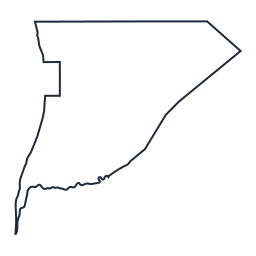 an SVG outline of Trarza
{"feature_id": "MRT-2788", "entity_name": "Trarza", "entity_type": "Region", "adm_level": 1, "iso_a3": "MRT", "parent_name": "Mauritania", "parent_adm1": "", "projection": "robinson", "projection_center": [-15.679, 17.405], "detail": "fine", "context": "isolated", "style": "outline", "palette": "slate", "viewbox_px": 256, "rotation_deg": 0, "n_neighbors": 0, "source": "natural_earth", "source_scale": "10m", "svg_char_len": 1900}
<svg xmlns="http://www.w3.org/2000/svg" viewBox="0 0 256 256"><path d="M108.3,177.1L108.2,176.9L107.5,176.0L106.8,175.7L105.5,176.3L104.9,176.7L104.5,177.3L104.4,178.3L104.2,178.7L103.9,179.1L103.6,179.4L103.2,179.6L102.7,179.6L102.3,179.5L101.7,178.8L101.2,178.1L100.7,177.4L99.9,177.1L99.0,177.4L98.5,178.1L98.4,178.9L98.8,179.8L99.7,180.8L99.9,181.3L99.9,181.8L99.6,182.1L99.3,182.4L98.0,182.9L91.8,184.0L90.8,184.1L88.1,183.6L86.2,183.6L85.3,183.9L82.8,185.0L82.0,185.2L81.2,185.2L80.4,184.9L80.0,184.3L79.7,183.6L79.2,183.1L78.3,183.0L77.4,183.4L76.7,184.1L75.3,186.4L74.7,187.0L74.0,187.3L73.2,187.4L70.7,186.9L69.8,187.0L69.1,187.5L67.8,188.8L67.0,189.4L66.1,189.7L65.2,189.7L64.3,189.5L63.0,188.8L62.5,188.6L60.6,188.5L57.9,187.5L57.0,187.5L55.6,187.8L55.1,187.8L53.0,187.2L52.2,187.3L49.9,188.5L49.5,188.6L49.1,188.5L48.4,188.2L47.9,188.1L47.4,188.1L47.0,188.4L46.6,188.7L45.2,188.9L43.9,188.8L42.7,188.1L41.7,187.0L41.0,185.8L40.6,185.3L40.1,184.9L39.3,184.8L38.6,184.9L38.0,185.3L36.2,186.6L35.6,186.9L35.0,187.1L34.3,187.0L32.4,186.6L31.1,186.9L29.8,187.7L28.8,188.9L27.9,190.1L27.5,191.4L27.2,194.1L24.8,205.4L24.5,206.2L24.2,206.8L23.3,207.5L21.1,208.1L20.3,208.9L19.8,210.2L19.6,214.8L18.6,217.4L17.8,220.4L17.4,221.2L17.3,228.4L16.7,232.1L15.4,234.6L16.2,223.4L16.1,217.5L15.6,204.0L16.2,199.6L16.6,198.4L18.2,195.0L18.7,191.7L19.2,190.7L19.8,188.9L19.8,181.7L20.3,178.8L25.0,165.7L26.2,163.4L27.1,158.9L28.1,156.7L30.9,152.3L35.8,140.4L36.2,138.7L37.0,137.5L42.5,118.6L44.2,110.5L44.7,101.6L45.2,95.8L59.8,95.8L59.9,77.2L59.8,62.0L44.2,62.1L43.6,62.1L43.1,55.9L42.4,53.5L39.4,46.2L38.1,37.9L37.1,35.2L37.6,33.6L37.5,31.8L35.2,22.6L34.9,21.7L148.0,21.4L150.4,21.4L207.1,21.4L240.6,51.0L195.2,88.2L178.9,101.6L165.9,114.7L144.9,149.2L130.8,160.8L130.4,161.1L129.2,162.9L127.4,164.7L122.9,166.8L114.9,171.6L109.2,175.7L108.3,177.1Z" fill="none" stroke="#1e293b" stroke-width="2"/></svg>